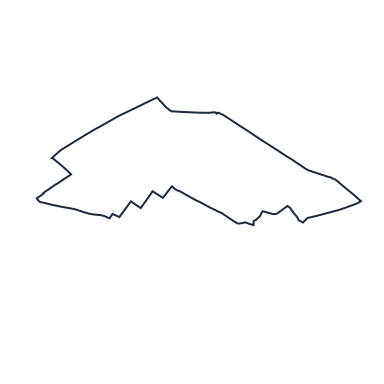 outline of Valea Lupului, Iasi, Romania, rotated 139°
{"feature_id": "2599482B28860015951004", "entity_name": "Valea Lupului", "entity_type": "district", "adm_level": 2, "iso_a3": "ROU", "parent_name": "Romania", "parent_adm1": "Iasi", "projection": "robinson", "projection_center": [27.498, 47.198], "detail": "fine", "context": "isolated", "style": "outline", "palette": "slate", "viewbox_px": 384, "rotation_deg": 139, "n_neighbors": 0, "source": "geoboundaries", "source_scale": "gbopen_adm2", "svg_char_len": 3999}
<svg xmlns="http://www.w3.org/2000/svg" viewBox="0 0 384 384"><g transform="rotate(139 192 192)"><path d="M70.5,74.3L70.6,74.7L71.2,79.6L71.3,81.3L73.5,93.8L74.7,101.6L75.5,106.7L75.6,107.2L76.1,108.2L77.0,109.8L77.4,111.2L77.7,111.9L78.1,112.6L78.6,113.3L79.5,114.4L81.4,117.8L83.1,120.5L84.3,122.5L86.0,125.4L87.9,128.6L88.7,130.1L89.6,131.5L90.0,132.2L91.0,135.0L91.8,138.0L92.1,138.9L92.3,139.8L93.1,142.9L93.9,145.5L94.6,148.5L95.3,151.1L96.3,154.0L97.4,157.5L98.0,159.7L99.3,164.4L100.0,167.0L102.3,174.8L103.8,179.8L106.3,188.6L109.1,198.7L110.6,204.1L112.0,208.9L113.0,212.4L114.8,218.8L115.7,222.1L116.2,223.7L116.6,225.3L117.5,228.3L117.6,228.6L117.9,229.8L118.1,230.3L118.8,231.5L119.2,232.6L119.7,233.8L120.1,234.4L120.4,234.7L120.8,235.2L121.1,235.2L121.4,235.1L121.5,235.0L121.9,234.9L122.1,235.6L122.3,236.3L122.5,237.3L122.9,237.6L124.7,238.8L126.3,240.0L127.9,241.2L130.3,243.3L131.4,244.4L134.1,246.7L137.5,250.0L138.0,250.4L138.8,251.1L140.9,253.2L142.2,254.4L143.9,256.1L146.4,258.4L148.0,260.0L150.8,262.7L152.9,264.8L153.2,265.1L153.7,265.5L154.0,265.7L154.2,265.9L154.4,266.2L154.7,266.6L155.0,267.9L155.3,269.3L155.4,269.8L155.5,270.4L155.7,271.7L156.0,272.6L156.0,276.8L156.1,277.4L156.1,278.6L156.2,279.9L156.3,284.5L156.3,285.8L156.3,286.2L160.7,287.5L168.4,289.6L177.9,292.1L183.1,293.6L186.6,294.5L193.0,296.3L195.2,296.9L196.8,297.3L198.2,297.6L201.0,298.2L203.2,298.6L205.5,299.1L208.1,299.6L210.7,300.2L218.3,301.7L222.8,302.7L224.2,303.0L225.2,303.2L226.3,303.4L227.3,303.6L229.0,303.9L232.8,304.6L238.1,305.5L242.3,306.2L246.4,306.9L250.7,307.6L255.0,308.3L259.2,309.0L261.5,309.4L262.6,309.5L263.6,309.7L265.0,309.7L266.6,309.7L269.0,309.7L272.2,309.6L273.3,309.5L274.2,309.5L275.3,309.5L275.1,309.2L275.0,308.8L274.9,308.2L274.7,307.3L274.5,305.8L274.0,303.2L273.8,302.2L273.7,301.4L273.2,298.4L273.0,297.2L272.6,294.1L272.3,291.3L272.1,289.9L272.1,289.4L271.9,287.3L271.8,286.5L271.7,285.0L271.7,284.6L273.2,284.8L274.8,285.0L275.9,285.1L278.7,285.5L280.6,285.8L282.4,286.0L284.0,286.2L285.1,286.3L287.8,286.6L288.2,286.8L290.2,287.2L293.2,287.5L296.6,287.9L299.1,288.1L300.7,288.4L301.9,288.5L304.8,288.7L305.3,288.7L305.3,288.3L305.7,288.4L308.1,288.4L313.2,289.1L313.3,289.1L313.5,286.7L313.5,285.4L313.2,284.3L312.5,283.1L310.8,281.1L310.1,280.1L309.6,279.3L309.1,278.5L308.0,277.0L307.8,276.6L306.5,274.8L304.7,272.4L303.1,270.4L302.6,269.7L301.2,267.8L300.3,266.7L299.1,265.1L297.3,262.9L296.3,261.6L295.2,260.3L293.2,257.8L292.2,256.5L291.2,255.1L288.1,249.9L287.0,247.9L286.4,247.0L285.5,245.9L284.9,244.8L284.6,244.2L283.5,242.5L282.6,241.5L281.3,239.9L279.0,237.5L275.9,234.2L275.0,232.9L273.9,231.3L273.4,230.1L272.5,228.2L271.5,226.2L266.7,227.5L266.4,227.6L263.3,220.7L262.0,221.0L244.3,225.0L242.1,216.8L241.3,213.5L238.3,214.2L230.8,216.0L221.2,218.4L220.8,216.9L220.4,215.4L219.0,210.6L218.4,208.6L217.8,206.7L217.6,206.7L203.5,209.5L203.4,209.5L203.3,208.8L203.2,207.8L203.2,206.6L203.1,206.0L202.9,205.2L202.3,203.4L201.9,202.6L201.0,201.2L199.9,198.6L198.9,195.3L197.8,192.5L197.2,190.7L194.8,184.1L193.9,182.0L192.2,178.2L191.2,175.4L189.5,170.8L188.8,168.8L187.6,166.1L186.5,163.7L186.1,162.6L185.4,160.8L184.7,159.1L183.5,156.8L183.0,155.4L182.6,153.3L182.1,151.6L181.7,150.3L181.4,149.2L181.2,148.3L180.1,144.3L179.5,142.1L178.5,139.0L178.1,138.3L177.7,137.7L175.6,136.3L174.6,135.6L172.8,134.7L172.1,134.3L171.6,133.9L171.3,133.4L170.6,132.3L169.5,130.0L169.2,129.6L169.0,129.3L168.2,128.1L167.4,126.7L166.5,127.5L166.0,128.1L165.2,129.0L164.8,129.4L164.5,129.5L163.6,129.4L162.8,129.2L162.1,129.0L161.6,128.9L161.1,128.9L159.9,129.1L158.2,129.0L156.6,129.2L155.4,129.6L153.6,130.5L151.3,131.2L145.1,121.8L142.2,119.9L129.1,118.8L129.1,118.1L128.7,117.3L128.5,116.2L128.4,115.5L128.6,114.3L128.7,112.6L128.8,111.0L129.0,109.9L129.1,103.6L129.5,102.7L129.8,101.7L129.9,100.4L128.3,96.2L121.9,96.6L114.6,92.7L105.1,88.0L102.2,86.6L98.5,84.8L92.1,81.7L83.8,78.4L74.4,74.9L70.5,74.3Z" fill="none" stroke="#1e293b" stroke-width="2"/></g></svg>